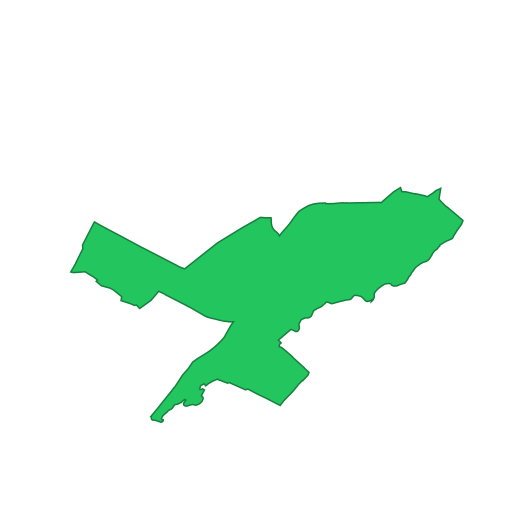 Grobiņa, Grobinas, Latvia (Equal Earth projection), rotated 320°
{"feature_id": "27541924B27244919025150", "entity_name": "Grobiņa", "entity_type": "district", "adm_level": 2, "iso_a3": "LVA", "parent_name": "Latvia", "parent_adm1": "Grobinas", "projection": "equal_earth", "projection_center": [21.167, 56.543], "detail": "fine", "context": "isolated", "style": "filled", "palette": "green", "viewbox_px": 512, "rotation_deg": 320, "n_neighbors": 0, "source": "geoboundaries", "source_scale": "gbopen_adm2", "svg_char_len": 6022}
<svg xmlns="http://www.w3.org/2000/svg" viewBox="0 0 512 512"><g transform="rotate(320 256 256)"><path d="M286.9,255.7L287.2,254.8L287.2,253.6L287.2,251.9L287.2,251.3L286.8,249.5L286.7,248.5L286.6,248.0L286.6,246.9L286.7,245.8L287.0,244.6L287.3,243.6L287.8,242.5L288.9,240.7L291.5,237.3L292.1,236.3L290.9,235.4L288.9,233.8L288.5,233.4L287.5,232.5L284.8,229.8L284.2,229.2L276.4,227.9L266.0,225.9L259.7,224.9L238.9,221.8L235.0,221.2L193.1,220.0L190.3,215.1L190.1,214.6L189.1,211.9L175.5,179.4L173.4,174.5L163.4,149.4L162.9,148.3L157.2,134.2L154.1,126.0L130.4,136.0L130.1,136.1L128.1,139.1L114.1,145.2L114.2,145.4L104.0,149.1L103.8,149.2L105.6,151.5L114.6,158.0L115.1,158.6L115.9,161.3L118.1,167.7L118.6,170.1L119.2,172.5L118.3,172.6L117.3,172.7L118.4,179.4L123.6,186.9L125.0,190.5L127.0,200.8L123.9,203.4L129.0,211.5L130.0,213.5L131.0,215.5L131.2,215.8L132.1,216.1L132.8,216.6L132.9,216.9L133.1,221.0L133.2,221.5L133.7,221.5L147.1,222.5L158.8,220.5L161.6,226.5L161.6,227.2L167.3,240.6L167.4,240.9L172.3,252.6L172.9,254.2L173.2,255.0L178.0,268.3L179.4,271.5L182.6,276.1L183.9,277.6L185.0,279.2L187.0,282.0L188.5,283.9L189.7,285.4L192.8,288.8L194.9,290.6L196.5,291.9L194.4,292.4L191.0,293.4L186.6,295.1L182.9,296.5L179.8,297.7L177.7,298.1L175.3,298.5L171.2,298.8L168.9,299.0L164.8,299.1L160.4,299.0L158.0,298.8L154.8,298.4L150.4,297.8L147.3,297.3L144.2,296.9L142.6,296.8L139.2,296.6L131.8,298.7L127.7,299.3L125.9,299.6L123.2,300.0L121.5,300.5L118.1,301.6L109.1,304.3L108.8,304.1L105.4,304.9L103.7,305.3L99.0,306.2L91.0,307.8L85.3,308.9L85.6,308.9L84.3,309.2L82.7,309.5L72.0,311.4L72.2,312.1L71.0,314.1L71.4,315.3L73.0,316.7L76.4,322.3L77.1,322.7L77.6,322.7L79.0,322.6L79.6,321.8L78.7,320.7L79.0,320.0L79.5,319.6L81.3,318.7L83.6,318.4L88.2,318.4L89.6,318.0L90.8,318.3L92.7,318.9L94.6,318.7L95.2,318.5L97.3,317.8L98.1,317.7L100.8,319.1L104.4,320.1L107.4,320.0L109.2,320.1L109.6,320.6L109.7,321.2L108.4,321.7L106.1,322.1L105.0,323.3L104.9,324.3L105.4,325.4L106.5,326.5L109.8,327.9L112.1,329.0L113.0,330.5L114.4,331.9L117.2,332.8L119.1,332.9L121.1,332.7L122.5,332.0L123.8,331.3L124.3,330.7L124.6,329.3L124.2,328.1L124.6,327.8L126.1,327.2L130.4,325.5L130.2,324.9L129.8,323.7L129.6,323.3L129.0,323.2L128.3,323.1L127.8,322.8L127.4,322.4L127.3,321.7L128.7,320.8L129.6,320.0L130.4,319.9L131.2,319.9L132.0,320.1L133.3,320.4L134.2,320.8L134.3,321.3L134.1,321.8L134.0,322.6L134.0,323.2L137.5,323.2L142.7,324.1L147.6,325.7L147.5,326.4L148.4,328.0L148.5,328.1L148.9,328.6L150.5,331.7L152.5,335.2L154.1,335.7L155.6,338.7L157.4,342.4L162.0,351.8L164.2,352.6L168.4,362.9L172.2,371.2L174.7,377.1L178.4,386.0L183.9,384.8L188.6,384.3L197.6,383.4L206.9,381.6L207.5,381.6L211.7,381.2L211.8,381.6L219.2,380.7L221.8,379.2L221.0,373.3L221.1,372.6L219.0,357.2L219.2,356.6L219.0,355.6L218.9,354.6L218.0,349.2L217.2,344.3L216.5,342.0L215.5,340.2L217.2,338.9L218.4,338.7L219.4,338.7L219.0,334.8L222.2,334.8L235.5,334.7L236.4,335.9L237.9,339.5L238.9,340.2L240.4,340.4L242.5,339.5L243.5,338.4L245.1,335.7L249.3,334.0L250.0,333.9L250.7,334.0L251.2,334.3L252.2,334.5L254.1,335.2L255.1,336.0L255.4,336.4L256.1,336.9L256.7,337.2L258.4,337.6L259.1,337.7L259.6,337.6L260.0,337.5L263.6,335.6L264.6,335.2L265.2,335.1L265.8,335.0L267.1,335.4L268.7,335.5L272.8,336.6L273.8,336.8L274.4,336.8L275.0,336.8L277.1,336.7L279.6,336.6L280.2,336.6L280.8,336.9L281.1,337.1L281.5,337.7L282.3,339.6L282.8,340.5L283.1,340.9L283.5,341.3L284.6,341.9L288.0,343.4L291.7,345.1L294.3,346.5L296.9,347.7L298.2,348.6L299.7,349.6L300.0,349.8L300.3,349.9L300.8,349.9L301.4,350.0L302.0,349.9L302.9,349.8L303.8,349.6L304.6,349.4L305.0,349.4L305.5,349.4L305.9,349.5L306.3,349.6L306.7,349.9L308.1,351.2L309.3,352.9L310.0,353.7L310.4,354.4L310.6,355.1L310.8,356.4L311.0,357.3L311.0,358.0L311.0,360.2L311.2,361.1L311.5,361.6L311.6,361.9L312.1,362.4L312.6,362.7L313.8,363.4L314.8,363.7L315.7,363.9L316.6,364.0L315.4,364.9L315.1,365.1L315.5,365.1L317.8,364.8L319.9,363.7L322.3,361.0L323.5,360.3L324.4,360.2L325.4,359.9L328.1,359.6L330.6,359.6L331.4,359.7L332.7,359.7L335.4,360.1L336.6,360.3L337.9,361.0L340.6,362.9L341.4,364.3L341.2,365.8L342.3,367.7L343.3,368.4L344.1,369.1L344.8,369.4L345.9,369.9L347.0,370.1L348.2,370.5L349.5,371.1L350.3,371.4L350.7,371.5L351.3,371.8L352.3,372.4L352.9,372.4L354.1,372.2L355.2,371.9L356.9,371.4L359.0,370.5L360.0,370.1L360.8,370.1L361.6,370.0L363.2,369.4L364.1,368.9L364.9,368.8L366.6,368.5L367.5,368.2L369.8,367.6L371.3,367.4L372.9,367.4L373.7,367.4L374.6,367.6L375.1,367.6L376.0,367.6L376.6,367.6L377.8,367.9L378.5,368.1L379.7,368.2L380.4,368.5L383.1,369.6L384.5,369.9L386.4,369.8L388.6,369.2L390.7,368.5L393.5,367.4L395.9,366.9L396.9,366.8L397.8,367.0L398.8,367.1L399.6,367.0L400.6,366.8L401.2,366.5L402.2,366.5L403.0,366.6L403.8,365.8L405.3,366.0L408.8,366.5L410.9,366.9L411.3,366.9L411.9,367.1L414.1,367.9L415.0,368.1L415.8,368.3L416.6,368.6L417.2,368.7L417.8,368.7L418.5,368.5L419.5,368.1L420.6,367.6L421.8,367.2L422.1,367.1L422.8,366.9L424.6,366.3L425.9,365.9L426.5,365.7L427.7,365.4L429.2,365.0L430.6,364.6L431.0,364.5L431.5,364.4L433.4,364.0L433.8,363.8L434.7,363.4L435.7,362.8L436.8,362.3L437.4,361.7L436.7,357.8L435.6,351.2L434.0,342.0L434.0,341.7L433.4,340.0L432.9,335.4L432.7,330.1L441.0,322.9L439.3,322.6L435.8,321.5L435.0,321.5L434.8,321.5L434.7,321.6L433.2,321.5L431.6,321.5L425.1,320.6L424.2,318.6L418.4,311.0L418.2,311.1L415.6,307.9L414.8,306.8L414.1,305.9L413.5,305.0L412.8,304.2L412.2,303.3L409.0,300.4L410.7,296.5L402.7,295.3L394.9,295.4L386.1,295.6L385.9,295.3L385.3,294.5L378.2,288.8L371.3,283.2L370.1,282.3L368.6,281.0L366.1,279.0L361.8,275.6L358.9,273.0L358.1,272.4L356.0,270.5L354.5,269.4L354.1,269.2L353.1,268.4L352.4,268.0L349.4,265.9L346.6,263.7L345.8,263.1L344.0,261.6L343.0,260.8L343.3,260.1L341.6,258.7L337.5,255.6L333.2,253.0L329.5,251.5L327.9,251.0L322.6,250.0L318.7,249.5L317.9,249.4L315.8,249.7L314.6,249.9L312.2,250.4L309.9,251.0L308.1,251.4L305.3,252.2L303.6,252.6L301.8,253.0L298.7,253.6L296.0,254.0L292.3,254.5L290.5,254.8L288.7,255.2L287.3,255.6L286.9,255.7Z" fill="#22c55e" stroke="#15803d" stroke-width="1.5"/></g></svg>